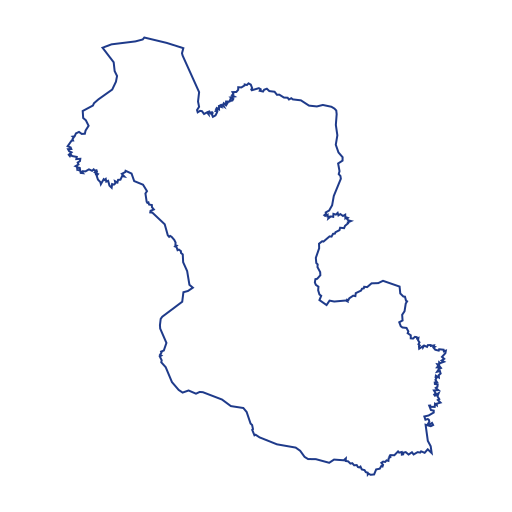 the district of Charoen Sin, Sakon Nakhon, Thailand, rotated 186°
{"feature_id": "78962969B64295862325828", "entity_name": "Charoen Sin", "entity_type": "district", "adm_level": 2, "iso_a3": "THA", "parent_name": "Thailand", "parent_adm1": "Sakon Nakhon", "projection": "albers", "projection_center": [103.51, 17.637], "detail": "fine", "context": "isolated", "style": "outline", "palette": "blue", "viewbox_px": 512, "rotation_deg": 186, "n_neighbors": 0, "source": "geoboundaries", "source_scale": "gbopen_adm2", "svg_char_len": 5983}
<svg xmlns="http://www.w3.org/2000/svg" viewBox="0 0 512 512"><g transform="rotate(186 256 256)"><path d="M59.6,182.4L64.1,182.4L64.4,181.0L67.9,181.5L69.9,183.4L68.8,184.3L69.9,184.5L69.6,185.7L72.7,184.8L73.0,185.7L75.8,185.3L76.4,183.5L79.4,184.5L80.4,182.4L80.8,183.5L84.0,180.9L84.5,183.3L83.8,184.2L85.2,185.2L84.4,187.2L86.0,189.1L85.9,191.5L87.2,190.8L87.7,192.1L89.5,192.2L91.2,190.3L93.5,190.3L93.8,193.3L97.1,195.1L96.6,196.9L98.8,200.2L102.9,200.2L104.7,201.3L106.6,205.1L103.5,207.2L104.5,212.8L102.5,216.6L102.1,224.4L101.0,226.7L102.1,227.2L103.6,231.1L105.2,231.1L108.6,233.8L110.0,240.6L127.1,244.6L131.6,241.8L138.2,240.9L142.2,236.7L145.2,236.7L145.4,235.1L147.2,234.5L147.9,232.6L152.9,229.5L153.0,226.5L155.2,226.7L158.8,223.7L159.5,221.9L160.7,222.0L160.2,220.4L162.2,221.1L173.4,218.9L178.2,219.3L180.7,214.6L188.3,218.8L187.0,223.2L188.9,224.4L190.6,228.4L190.7,232.0L193.5,233.6L194.7,235.9L194.5,239.2L192.8,239.7L190.0,243.6L190.5,246.7L193.7,251.4L193.8,254.1L195.3,255.3L196.3,260.4L194.0,270.3L194.6,274.8L191.7,277.6L190.4,277.4L184.9,283.2L182.9,283.2L181.7,286.1L179.9,286.5L179.4,288.0L175.7,290.4L175.3,292.9L171.3,292.9L170.6,295.3L167.8,298.2L168.2,299.0L165.2,300.7L168.0,301.1L169.5,302.5L168.6,303.5L170.3,303.9L171.1,303.0L171.6,306.4L173.7,304.9L176.5,306.5L178.3,305.0L179.3,307.4L180.9,305.5L183.4,306.0L183.3,303.0L185.7,303.2L188.0,300.9L187.8,302.8L189.0,302.8L189.1,304.5L191.4,303.1L192.3,303.7L190.8,305.2L191.2,306.6L188.0,308.9L185.6,314.4L184.9,323.9L179.7,341.7L180.4,344.4L182.3,346.1L181.8,349.1L184.0,356.6L179.9,359.9L180.2,363.3L184.8,367.6L188.3,375.0L187.7,384.5L190.3,394.7L190.6,405.5L191.4,409.1L193.4,410.8L196.6,412.3L205.3,413.2L211.1,411.1L219.0,411.1L227.6,415.5L235.8,415.6L237.4,416.6L239.6,415.1L241.1,416.7L244.8,416.5L249.7,418.9L252.0,418.5L254.7,421.3L260.0,421.4L262.7,423.5L265.3,422.2L266.2,420.3L269.5,420.7L268.8,422.3L270.7,423.2L277.5,420.4L278.1,421.1L277.4,422.6L279.1,425.9L281.5,426.9L282.9,425.1L285.2,425.4L285.2,424.4L288.2,422.1L291.3,422.0L291.1,419.4L292.7,417.1L296.5,416.5L295.4,414.8L296.6,413.4L294.1,412.3L297.6,411.2L295.0,409.8L295.7,408.2L296.9,407.8L297.8,409.4L298.5,406.8L301.9,406.5L301.8,404.9L300.5,404.8L301.5,402.7L304.0,404.6L304.7,402.9L303.6,401.3L306.4,402.7L307.4,402.0L306.2,400.6L308.5,401.0L308.1,398.0L310.5,399.1L311.0,397.9L309.6,397.5L311.1,396.0L309.6,395.7L309.9,394.4L311.0,391.6L313.4,389.9L314.5,391.9L314.1,393.8L314.8,394.4L316.0,393.1L317.5,394.9L318.5,394.4L317.9,391.9L319.8,393.7L322.5,391.8L324.9,394.4L326.8,394.5L329.0,392.8L329.9,395.0L328.2,398.4L329.8,403.6L329.7,413.0L349.9,447.6L350.8,449.9L350.0,455.1L367.1,458.6L389.9,461.6L391.3,459.5L398.4,456.8L421.8,451.4L430.4,447.1L417.8,433.8L415.9,425.1L413.0,420.5L413.5,414.7L416.4,406.5L429.1,395.3L433.1,391.0L433.9,388.6L443.5,382.1L442.3,375.2L439.4,373.2L436.1,368.0L438.6,363.0L439.0,359.7L442.1,359.2L445.0,360.9L447.9,359.1L448.9,356.1L450.7,355.6L449.7,354.9L450.7,353.0L450.0,351.7L451.5,351.4L454.8,345.5L451.7,344.6L450.9,343.1L454.1,342.6L452.8,340.7L450.3,339.8L452.8,337.1L451.5,335.8L450.7,337.5L449.4,336.2L444.6,335.8L444.8,333.6L440.9,334.3L441.0,332.0L443.1,330.3L442.1,328.5L444.8,326.5L443.4,326.1L442.9,324.0L442.0,325.4L440.5,325.2L440.1,323.9L441.1,322.8L439.8,322.6L439.0,320.3L436.8,320.3L437.9,321.4L437.4,322.2L434.5,322.3L431.2,324.7L427.9,323.6L426.5,325.2L425.4,324.1L423.6,324.6L423.0,323.3L424.7,322.2L422.8,321.4L424.6,320.6L422.0,320.6L422.9,319.3L421.2,315.5L418.5,313.2L417.8,311.2L415.5,316.5L414.5,315.8L413.5,316.9L412.7,314.3L410.9,315.3L409.1,310.7L406.7,308.8L406.6,312.5L404.8,312.1L403.4,313.6L404.1,315.7L401.5,314.6L401.1,317.3L398.8,317.7L397.5,321.5L395.3,321.3L398.0,323.7L394.8,325.8L394.6,327.1L388.4,325.0L385.0,317.8L375.8,315.1L371.2,309.1L372.5,306.6L370.4,298.5L369.6,297.5L368.6,298.1L367.7,296.0L364.9,295.8L364.6,293.7L362.5,291.6L365.6,289.9L365.7,288.3L363.6,288.3L350.1,278.0L345.9,267.4L344.4,266.0L343.5,267.0L341.9,266.2L339.0,263.5L337.4,261.0L337.3,258.2L336.2,258.0L337.3,257.0L336.0,256.6L334.6,253.6L333.4,254.3L331.2,253.0L330.9,251.2L329.0,249.9L327.8,242.2L322.9,233.8L319.2,220.4L315.5,217.9L320.0,214.1L324.4,212.4L324.6,202.8L342.9,185.8L344.2,183.5L344.3,177.2L343.7,173.8L336.0,160.2L337.8,152.4L340.4,151.0L339.9,150.0L341.1,147.7L339.8,147.1L341.2,146.1L338.9,142.4L339.1,140.4L334.2,136.0L326.4,121.8L318.9,114.7L314.7,112.5L309.0,115.2L301.3,112.8L297.8,114.9L294.6,115.0L274.8,109.7L265.3,104.1L252.7,103.5L249.0,99.9L243.9,88.8L242.2,87.5L240.9,83.5L241.6,82.7L238.8,77.5L237.7,78.2L233.5,76.0L215.5,70.9L196.5,69.6L191.7,66.9L186.7,61.3L183.0,59.5L175.2,60.2L161.6,58.0L157.1,61.7L147.4,62.0L145.5,64.1L145.4,61.5L142.9,61.4L140.4,59.4L138.6,60.0L136.5,58.1L134.0,58.6L132.6,56.8L131.2,56.5L130.1,57.5L128.5,54.8L125.7,54.4L124.2,52.5L122.3,52.2L122.0,50.4L121.4,51.3L119.1,50.4L115.7,51.1L114.2,56.3L110.7,57.4L109.4,60.3L108.2,59.9L107.8,61.6L109.7,63.4L108.1,64.8L106.0,64.7L104.8,66.4L102.9,66.1L102.9,68.7L101.4,70.1L102.3,70.7L101.7,72.0L97.6,72.3L94.3,76.5L93.1,75.4L90.6,76.3L90.2,73.7L88.9,74.1L88.9,75.8L86.6,76.6L83.5,74.5L80.4,77.1L78.5,75.1L74.8,77.8L72.1,77.7L71.4,79.0L67.7,77.9L65.0,81.7L60.7,78.4L62.4,85.1L65.8,90.1L69.7,105.9L64.4,105.0L62.2,106.4L63.5,108.4L65.4,106.9L67.5,106.9L66.3,109.3L67.0,111.2L68.1,111.8L70.4,110.9L71.8,114.0L67.7,115.4L62.9,118.9L63.1,120.8L65.9,121.1L68.1,125.3L67.1,125.5L66.8,124.2L62.5,124.6L62.5,127.7L60.6,126.5L60.9,128.0L57.2,129.5L60.1,131.8L58.8,132.8L60.9,135.5L60.0,138.7L63.4,135.8L64.3,136.8L62.9,138.2L65.0,140.9L60.7,141.7L63.4,143.6L61.9,144.9L61.9,147.3L64.7,147.4L65.0,148.9L62.8,149.4L64.6,151.6L63.7,153.6L64.7,154.1L64.6,155.8L61.4,154.3L61.8,156.6L60.1,158.4L61.1,160.8L63.8,159.8L62.4,162.5L60.3,163.9L61.8,165.4L62.2,164.1L64.3,164.1L63.2,165.7L64.4,167.3L62.5,167.2L62.7,169.4L61.6,168.7L58.0,170.5L60.4,171.5L58.1,173.4L60.5,175.1L57.5,179.2L57.3,181.7L59.2,180.8L59.6,182.4Z" fill="none" stroke="#1e3a8a" stroke-width="2"/></g></svg>